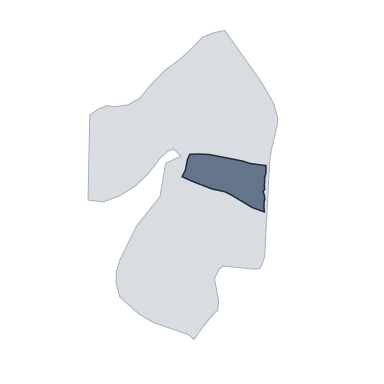 Balha, Tadjourah, Djibouti shown in context, rotated 149°
{"feature_id": "41766387B97155389424645", "entity_name": "Balha", "entity_type": "district", "adm_level": 2, "iso_a3": "DJI", "parent_name": "Djibouti", "parent_adm1": "Tadjourah", "projection": "orthographic", "projection_center": [42.238, 11.898], "detail": "fine", "context": "in_parent", "style": "filled", "palette": "slate", "viewbox_px": 384, "rotation_deg": 149, "n_neighbors": 0, "source": "geoboundaries", "source_scale": "gbopen_adm2", "svg_char_len": 1283}
<svg xmlns="http://www.w3.org/2000/svg" viewBox="0 0 384 384"><g transform="rotate(149 192 192)"><path d="M285.2,238.7L273.1,258.0L257.5,282.8L239.8,310.9L228.7,311.2L220.0,309.6L214.1,304.8L201.9,299.6L188.1,299.3L175.0,304.2L152.8,310.2L132.8,312.2L116.6,315.5L103.2,319.4L91.2,317.3L80.7,313.7L78.5,283.9L76.0,251.4L76.4,226.0L80.1,212.1L83.3,206.6L102.2,187.3L108.8,179.5L130.4,147.5L148.9,120.1L162.7,99.6L166.9,95.6L172.7,91.7L176.9,92.8L203.7,112.6L208.5,112.0L217.4,105.9L225.5,84.7L231.2,77.0L233.7,77.2L250.8,71.3L266.4,64.6L268.4,71.5L292.1,99.7L299.9,113.7L308.0,139.1L303.9,153.4L297.8,162.7L288.7,171.0L257.2,191.3L222.1,204.3L199.7,230.2L183.0,228.5L185.5,238.3L191.7,239.3L201.5,237.5L220.8,229.9L238.0,226.3L256.5,226.0L273.3,229.2L285.2,238.7Z" fill="#d9dde1" stroke="#a8b0b8" stroke-width="1"/><path d="M140.3,137.7L138.4,141.4L135.4,146.3L133.4,148.3L132.3,150.5L131.8,151.9L131.4,153.2L130.8,155.8L130.3,156.3L129.1,156.4L128.3,157.1L126.1,161.3L125.3,162.0L122.9,166.1L122.4,166.6L118.8,170.3L115.1,176.4L115.0,176.6L117.7,178.6L127.7,186.7L132.7,192.5L158.1,215.4L168.2,222.0L174.6,225.4L179.1,222.2L186.4,214.2L192.6,210.2L186.7,201.6L173.4,184.4L163.7,175.3L159.9,169.3L148.4,147.7L140.3,137.7Z" fill="#64748b" stroke="#1e293b" stroke-width="1.5"/></g></svg>